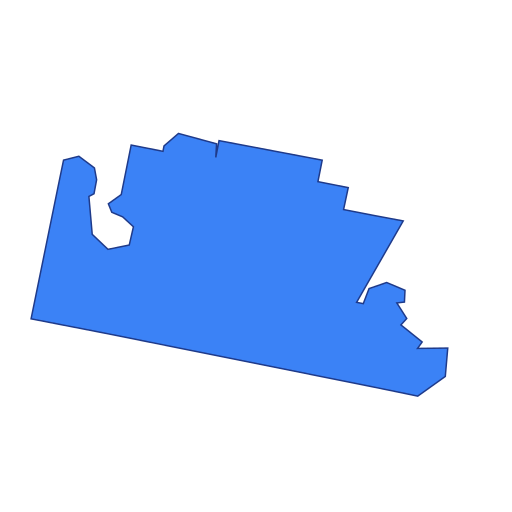 Leflore, Mississippi, United States of America (Albers equal-area conic projection), rotated 281°
{"feature_id": "52423323B21456355443716", "entity_name": "Leflore", "entity_type": "district", "adm_level": 2, "iso_a3": "USA", "parent_name": "United States of America", "parent_adm1": "Mississippi", "projection": "albers", "projection_center": [-90.256, 33.523], "detail": "fine", "context": "isolated", "style": "filled", "palette": "blue", "viewbox_px": 512, "rotation_deg": 281, "n_neighbors": 0, "source": "geoboundaries", "source_scale": "gbopen_adm2", "svg_char_len": 726}
<svg xmlns="http://www.w3.org/2000/svg" viewBox="0 0 512 512"><g transform="rotate(281 256 256)"><path d="M341.1,112.3L290.6,112.0L279.1,101.1L271.4,106.1L269.0,117.6L261.3,130.1L242.6,129.5L234.3,109.4L246.0,91.1L282.6,80.6L286.2,85.1L300.4,85.0L311.6,80.6L320.1,63.1L313.4,48.8L288.5,48.5L151.4,47.2L151.4,121.7L149.8,396.5L149.4,435.1L149.3,441.5L173.9,464.8L202.2,461.8L196.1,432.2L203.3,435.5L216.0,411.4L223.4,415.9L236.8,403.2L239.1,410.5L250.8,408.8L254.9,389.3L245.6,373.2L229.7,370.4L229.7,363.6L318.5,393.8L318.3,364.2L318.3,333.1L340.7,333.5L340.8,302.6L362.7,302.7L362.2,197.7L345.1,197.7L358.6,195.9L361.5,156.5L346.5,144.7L341.0,144.7L341.1,112.3Z" fill="#3b82f6" stroke="#1e3a8a" stroke-width="1.5"/></g></svg>